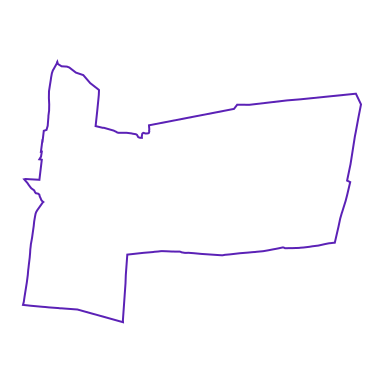 outline of San Agustín Yatareni, Oaxaca, Mexico
{"feature_id": "50627088B58222599296469", "entity_name": "San Agustín Yatareni", "entity_type": "district", "adm_level": 2, "iso_a3": "MEX", "parent_name": "Mexico", "parent_adm1": "Oaxaca", "projection": "mercator", "projection_center": [-96.684, 17.08], "detail": "fine", "context": "isolated", "style": "outline", "palette": "violet", "viewbox_px": 384, "rotation_deg": 0, "n_neighbors": 0, "source": "geoboundaries", "source_scale": "gbopen_adm2", "svg_char_len": 2705}
<svg xmlns="http://www.w3.org/2000/svg" viewBox="0 0 384 384"><path d="M355.9,93.7L300.6,99.3L287.1,100.4L249.4,104.8L237.2,104.7L234.0,108.9L149.0,125.3L149.1,127.0L149.3,129.2L149.1,130.7L149.3,131.4L148.9,132.9L147.9,133.4L145.6,133.5L144.5,133.2L143.8,132.9L143.2,132.9L142.3,133.6L141.8,136.3L141.9,137.8L140.2,137.8L139.4,137.6L138.4,137.2L137.9,136.7L137.6,135.9L136.9,134.8L135.8,134.2L132.6,133.7L131.5,133.4L126.6,132.8L125.0,132.8L120.9,132.8L118.5,132.8L117.2,132.5L116.4,131.9L115.7,131.6L113.7,130.6L103.9,127.8L102.7,127.8L95.6,126.1L97.2,111.2L98.4,99.2L98.8,95.0L98.9,92.6L99.0,90.2L98.9,89.9L90.2,83.1L83.3,75.1L75.9,72.6L69.3,67.5L66.9,66.6L61.6,66.3L57.9,64.0L57.3,61.8L57.0,62.4L57.1,62.9L53.6,69.2L52.9,70.3L51.9,73.2L51.1,77.5L50.7,80.4L50.1,84.1L49.0,91.2L48.9,97.5L48.9,98.1L49.2,104.4L49.1,110.2L49.1,110.5L48.4,116.0L48.4,117.1L48.0,121.9L47.7,125.8L46.5,129.9L43.8,130.8L43.7,131.6L42.7,140.2L42.6,141.0L42.3,140.8L41.7,145.8L40.9,151.8L41.8,151.7L41.0,156.7L39.7,158.8L39.4,159.3L41.1,159.5L41.8,159.7L40.2,173.0L39.4,179.8L37.9,179.7L32.5,179.4L31.9,179.4L31.2,179.3L30.4,179.3L25.6,179.0L24.2,179.3L27.5,183.1L28.6,184.8L30.4,187.2L31.3,188.3L34.2,190.4L34.9,192.0L35.2,192.4L35.8,193.2L38.2,193.7L39.3,194.6L39.8,196.6L40.5,198.0L41.3,200.0L42.2,201.1L43.3,202.0L42.8,202.4L37.6,209.7L36.3,211.8L35.6,213.6L35.1,216.1L34.2,221.3L33.7,226.1L32.4,235.3L32.1,237.5L31.5,240.9L30.9,244.1L30.6,247.0L30.3,249.4L30.1,252.9L29.7,257.6L28.9,264.2L28.5,267.8L28.2,270.1L27.8,274.9L27.3,278.8L26.8,282.6L24.5,297.0L23.8,301.8L23.0,304.9L25.8,305.2L27.7,305.4L30.3,305.7L42.4,306.8L45.2,307.0L48.9,307.4L58.8,308.1L59.1,308.2L60.1,308.3L61.2,308.3L77.4,309.5L92.5,313.7L109.8,318.5L123.0,322.2L122.9,320.4L123.3,314.6L125.5,283.4L125.8,275.1L127.3,254.6L129.3,254.4L137.4,253.5L143.8,252.8L150.0,252.3L153.3,252.0L154.3,251.8L158.2,251.5L160.5,251.2L161.9,251.1L164.5,251.2L167.3,251.3L171.3,251.5L175.8,251.6L179.7,251.6L180.8,251.9L181.5,252.3L185.1,252.9L188.6,252.8L193.8,253.2L201.1,253.9L220.4,255.2L222.5,255.3L225.0,254.8L227.5,254.6L229.8,254.4L239.3,253.3L240.2,253.2L247.8,252.6L250.0,252.4L253.1,252.1L255.1,252.0L256.4,251.8L263.1,251.2L268.3,250.3L273.4,249.3L275.7,248.9L278.7,248.3L282.9,247.4L283.8,247.6L285.0,248.2L293.3,248.1L295.7,248.0L296.6,248.0L299.2,247.9L300.6,247.7L303.6,247.5L309.4,246.8L312.3,246.3L317.3,245.7L317.7,245.7L318.7,245.5L324.9,244.1L328.9,243.3L331.0,243.1L333.4,242.8L333.8,242.8L334.8,242.7L338.4,227.1L340.2,218.6L341.4,214.4L341.8,213.0L342.1,212.2L345.6,201.0L347.1,195.2L350.2,182.1L347.1,180.6L350.5,164.3L351.2,159.9L354.9,136.3L355.7,132.3L358.6,116.6L361.0,104.4L355.9,93.7Z" fill="none" stroke="#5b21b6" stroke-width="2"/></svg>